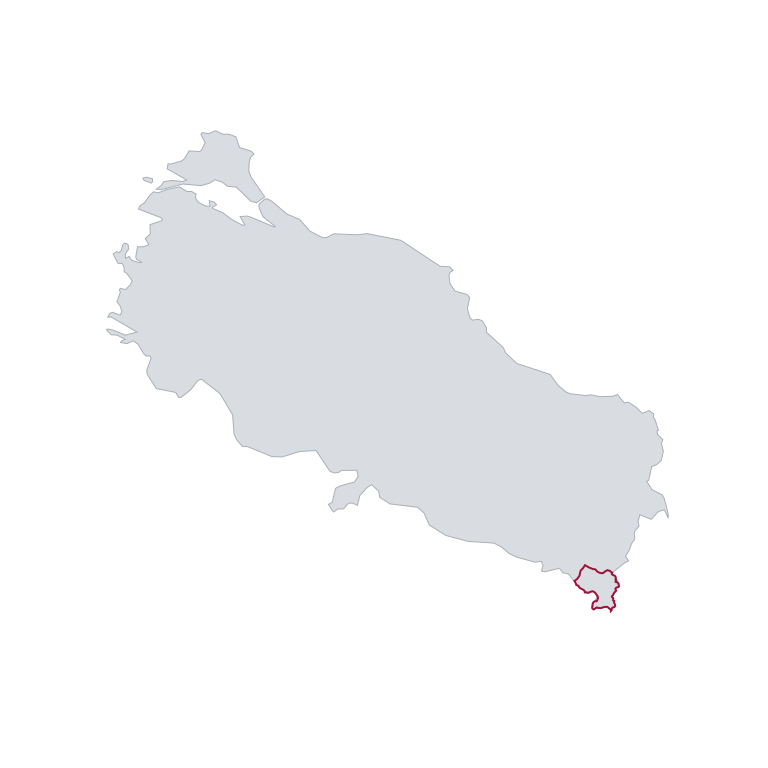 Turkey, with Hakkari highlighted, rotated 31°
{"feature_id": "TUR-3047", "entity_name": "Hakkari", "entity_type": "Province", "adm_level": 1, "iso_a3": "TUR", "parent_name": "Turkey", "parent_adm1": "", "projection": "equal_earth", "projection_center": [44.217, 37.441], "detail": "medium", "context": "in_parent", "style": "outline", "palette": "rose", "viewbox_px": 768, "rotation_deg": 31, "n_neighbors": 0, "source": "natural_earth", "source_scale": "10m", "svg_char_len": 5540}
<svg xmlns="http://www.w3.org/2000/svg" viewBox="0 0 768 768"><g transform="rotate(31 384 384)"><path d="M589.5,272.8L599.6,276.4L602.9,273.7L612.1,274.1L620.4,276.1L625.0,270.2L630.8,270.8L631.9,273.8L634.7,274.9L643.2,282.5L642.2,283.5L644.3,286.3L651.7,288.1L652.4,292.0L658.1,297.8L661.0,306.7L659.2,312.9L656.0,316.9L660.5,330.4L659.1,332.1L668.1,336.5L679.5,335.8L683.1,337.7L694.0,348.4L696.8,352.6L689.2,347.5L684.9,351.9L682.8,362.4L670.7,364.3L672.6,371.2L675.8,374.4L674.7,380.9L675.6,383.5L678.9,387.8L678.4,393.6L679.8,399.8L679.8,407.3L684.8,409.6L682.5,413.0L676.9,428.2L677.3,429.4L681.1,429.7L689.5,436.8L688.0,439.1L689.0,448.8L696.3,455.2L695.1,458.4L695.3,461.7L690.0,460.2L679.3,468.9L678.1,468.7L676.6,465.7L676.3,457.0L673.7,454.7L670.3,454.2L664.5,458.1L659.1,458.0L653.8,457.2L639.8,451.8L634.6,453.7L629.2,451.6L618.5,462.3L615.3,463.2L613.8,457.9L610.2,454.9L605.4,458.9L587.2,464.0L578.9,464.9L568.7,463.2L560.3,463.7L537.1,475.6L515.0,482.0L495.4,481.5L484.8,474.0L476.4,472.3L450.9,483.7L438.6,483.3L434.6,478.6L425.2,476.6L423.0,481.1L420.7,491.9L423.7,501.7L418.3,502.3L414.9,504.5L413.7,511.9L408.7,514.9L406.9,519.5L406.1,519.6L398.3,515.8L400.6,512.2L396.2,498.4L398.8,494.1L409.3,483.0L409.3,476.4L405.1,471.9L391.9,480.1L390.6,483.2L387.5,485.7L382.7,486.7L360.1,476.0L346.3,485.4L334.2,499.0L325.2,504.0L299.5,507.9L294.8,510.5L286.2,507.6L281.2,504.0L270.1,488.4L248.4,476.7L225.0,473.9L222.7,476.9L221.2,488.8L216.8,500.2L214.8,501.3L209.8,498.5L191.2,505.2L176.1,497.7L173.6,494.5L171.0,481.5L168.8,480.5L166.2,482.3L163.5,482.3L152.8,476.6L146.8,476.2L142.9,481.8L136.8,484.1L136.8,482.5L139.3,478.9L130.0,479.6L124.8,482.3L118.2,480.6L118.8,479.1L124.3,477.3L137.0,475.4L145.5,466.7L115.7,467.1L112.7,469.0L112.6,464.5L114.4,462.4L122.4,460.8L122.1,457.0L117.6,453.0L112.6,450.9L110.9,441.5L108.5,439.1L108.9,437.8L113.9,436.1L115.4,429.3L115.0,425.1L105.7,421.4L103.5,421.7L101.4,418.1L97.5,415.5L94.0,417.6L84.8,412.1L86.9,408.0L89.3,408.1L90.0,404.9L88.5,399.7L88.9,397.0L91.1,396.2L93.4,396.7L95.6,399.9L95.4,405.9L97.7,409.5L99.8,405.9L104.0,407.9L112.0,406.0L113.6,404.4L107.9,404.6L105.9,403.2L102.0,393.3L107.0,390.4L110.8,385.6L104.5,382.4L106.3,375.7L101.3,368.0L109.6,358.3L109.3,356.9L107.0,356.3L83.3,360.5L83.3,356.1L85.3,352.3L86.0,343.0L87.4,338.0L91.9,336.5L97.8,329.1L107.1,320.4L116.0,320.5L119.8,318.1L125.1,318.0L126.4,321.4L130.9,323.8L139.1,323.4L143.3,321.2L139.8,316.9L144.6,315.5L148.2,316.6L145.9,321.2L146.9,321.7L157.7,320.2L168.7,321.4L181.1,320.8L182.7,319.3L174.4,314.6L180.2,310.5L183.4,309.7L209.4,305.9L209.6,305.0L194.0,302.9L186.3,297.4L184.3,294.4L186.4,287.2L188.3,285.4L193.9,285.1L213.1,288.3L227.0,286.4L241.8,291.1L256.3,290.2L259.4,288.0L263.5,281.2L284.5,269.7L292.0,263.8L324.3,252.2L371.5,254.2L380.0,249.7L384.7,251.2L383.2,254.2L383.4,257.0L388.7,263.8L397.0,267.8L408.8,264.5L413.0,265.8L416.7,276.6L423.8,283.1L427.1,283.6L431.7,279.8L436.0,279.3L442.8,283.0L445.1,286.9L467.6,291.4L472.2,294.7L487.4,298.0L521.6,290.2L533.9,295.5L544.2,297.2L548.7,296.4L562.5,290.2L566.9,286.7L575.5,283.7L586.3,276.8L589.5,272.8ZM154.1,253.7L152.8,258.5L154.4,263.8L158.6,271.2L163.1,274.9L185.4,285.0L181.4,294.4L175.5,295.9L156.1,291.3L147.8,295.2L142.1,294.2L133.9,295.9L131.2,301.6L125.1,308.1L108.6,316.2L92.8,332.2L88.4,334.3L90.8,328.8L91.0,324.0L97.8,318.5L107.0,314.2L109.7,310.7L87.3,311.3L85.5,306.4L87.9,305.4L95.9,296.7L96.9,293.2L96.9,284.6L106.2,279.7L107.1,277.7L106.4,269.2L98.4,264.3L98.9,262.0L105.0,259.7L108.9,253.8L117.7,252.7L122.0,249.9L129.7,248.4L138.4,255.7L149.8,252.9L154.1,253.7ZM81.1,331.7L73.4,333.0L71.2,331.7L73.8,329.1L79.8,327.3L81.5,329.9L81.1,331.7Z" fill="#d9dde1" stroke="#a8b0b8" stroke-width="1"/><path d="M652.6,457.3L652.1,457.0L650.5,455.7L649.2,455.0L648.7,454.6L649.2,453.7L650.0,451.4L650.3,447.5L649.2,444.7L648.7,442.3L649.4,439.8L649.6,435.8L654.0,435.7L658.5,435.0L659.4,434.5L660.3,434.1L661.7,434.3L663.1,434.9L665.2,434.9L667.4,434.4L669.2,433.3L670.0,430.9L671.4,428.5L673.8,427.9L676.7,428.3L676.6,428.6L677.2,429.6L678.3,429.8L680.5,429.5L680.9,429.6L682.1,430.2L682.4,430.5L682.6,430.9L682.8,431.4L682.9,432.0L683.3,432.5L683.6,432.5L683.8,432.5L684.0,432.4L684.3,432.6L684.3,432.8L684.2,433.5L684.1,433.8L684.4,434.3L684.8,434.3L685.4,434.1L685.8,433.9L686.7,433.8L687.6,434.2L688.5,435.0L689.7,436.5L689.7,436.9L689.4,437.5L688.3,438.5L688.0,438.9L687.8,440.2L688.5,441.0L689.3,441.6L689.4,442.3L689.1,443.2L688.9,444.3L688.8,445.4L689.0,446.3L689.1,447.0L688.7,448.3L688.9,449.0L689.3,449.3L690.6,449.4L691.1,449.8L691.6,451.1L691.9,451.5L693.1,451.3L693.4,451.7L693.6,452.3L693.9,452.9L695.8,454.2L696.5,455.1L696.4,456.5L696.0,457.1L695.6,457.3L695.2,457.7L694.9,458.5L695.0,459.4L695.4,460.1L695.6,460.9L695.4,461.7L695.0,461.0L694.3,460.6L690.8,460.1L690.2,460.1L689.1,460.6L687.8,461.6L686.6,462.8L685.8,463.9L685.0,464.6L684.1,465.1L681.3,466.1L681.0,466.6L680.9,467.3L680.4,468.2L680.1,469.0L679.8,469.3L679.4,469.3L678.0,468.9L677.7,468.7L677.5,468.2L676.1,465.0L675.9,464.1L675.9,463.2L676.2,462.3L676.7,461.5L677.2,461.2L677.5,461.2L677.9,461.0L678.1,460.5L678.2,460.1L678.2,459.5L678.0,458.6L677.7,457.6L677.3,456.8L676.8,456.2L676.0,455.7L672.8,454.3L672.2,454.2L671.1,454.0L669.6,454.2L668.4,455.3L667.4,456.8L666.4,458.1L664.6,458.4L664.0,459.1L663.6,459.2L663.3,459.0L662.6,458.3L662.3,458.0L661.5,457.8L660.6,457.7L657.2,458.0L656.4,457.9L655.6,457.5L655.0,457.0L654.7,456.9L654.3,456.8L653.8,456.9L653.0,457.2L652.6,457.3Z" fill="none" stroke="#9f1239" stroke-width="2"/></g></svg>